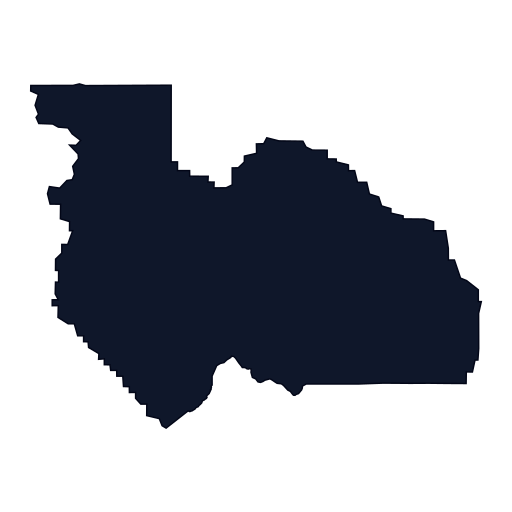 the district of Plumas, California, United States of America
{"feature_id": "52423323B49571098968478", "entity_name": "Plumas", "entity_type": "district", "adm_level": 2, "iso_a3": "USA", "parent_name": "United States of America", "parent_adm1": "California", "projection": "natural_earth1", "projection_center": [-120.915, 40.023], "detail": "fine", "context": "isolated", "style": "filled", "palette": "ink", "viewbox_px": 512, "rotation_deg": 0, "n_neighbors": 0, "source": "geoboundaries", "source_scale": "gbopen_adm2", "svg_char_len": 2697}
<svg xmlns="http://www.w3.org/2000/svg" viewBox="0 0 512 512"><path d="M50.1,204.1L60.6,204.2L60.4,218.8L69.6,221.6L69.5,230.7L72.7,230.7L67.7,244.5L61.8,244.4L61.8,253.1L55.6,259.1L55.5,270.4L58.6,270.5L58.6,282.2L55.5,282.1L55.2,293.9L58.3,299.7L52.2,299.8L52.2,305.7L58.3,305.6L58.0,317.4L68.2,323.8L74.3,323.8L77.7,335.8L83.6,335.8L83.6,341.7L88.1,341.8L88.6,347.5L98.9,353.6L98.6,359.3L104.3,358.8L104.3,364.7L110.0,364.8L110.7,370.4L116.7,370.4L116.8,376.2L122.8,376.2L123.5,386.5L129.3,386.7L129.4,392.5L135.6,392.4L135.6,398.3L140.8,404.1L146.8,404.1L146.7,415.6L159.3,418.6L162.1,425.7L166.1,428.1L187.8,411.1L188.3,411.0L189.8,411.6L191.0,411.1L192.2,410.8L193.5,409.9L194.9,409.1L195.9,407.7L197.1,407.1L198.3,406.6L198.9,405.5L200.3,404.4L201.7,402.9L202.4,400.8L204.2,400.0L205.1,399.2L206.4,398.4L207.0,397.2L206.6,396.7L206.7,395.7L207.6,395.0L209.1,393.6L209.7,392.3L210.2,391.2L210.6,390.3L210.4,389.9L210.7,389.4L210.9,389.6L211.2,389.0L211.0,388.5L211.4,387.4L211.1,386.3L212.1,385.1L212.1,376.1L216.7,365.6L220.4,363.4L223.9,362.6L226.9,359.8L230.7,357.5L231.6,356.1L234.0,356.6L235.6,358.2L238.9,363.0L241.1,365.7L242.3,367.5L245.5,367.6L246.5,368.6L248.2,369.1L249.2,368.6L251.0,369.0L251.2,370.1L251.0,372.3L252.4,377.4L255.7,378.9L258.0,381.9L260.5,382.4L262.9,381.5L264.9,380.2L270.0,378.8L272.3,380.1L274.9,381.9L277.1,383.3L281.4,383.8L283.6,385.5L285.7,387.8L287.8,390.1L290.4,391.4L292.2,393.8L293.4,395.2L295.0,395.3L296.1,394.4L298.5,393.6L301.6,389.9L302.3,388.0L302.4,386.1L306.2,384.0L311.6,384.0L324.2,384.0L335.7,384.0L342.3,384.0L358.1,384.0L383.2,383.1L398.1,383.2L410.1,383.3L428.8,383.2L447.7,383.4L466.1,383.5L466.3,371.9L472.4,372.0L475.0,360.1L477.9,360.0L478.7,348.5L478.6,313.4L481.3,301.6L478.3,301.6L478.3,289.8L466.6,280.6L460.5,278.1L454.4,260.0L448.4,260.0L448.3,248.2L445.6,230.7L433.6,230.8L433.6,221.9L424.5,219.1L403.1,218.9L403.1,215.9L390.9,213.1L390.9,208.7L381.6,205.9L378.7,197.0L369.4,194.0L366.7,182.3L357.5,182.3L354.6,170.6L348.5,170.7L348.4,164.9L336.3,161.9L336.2,159.0L327.2,158.9L327.2,150.2L312.4,150.1L306.0,147.0L302.9,141.2L279.0,140.9L266.8,137.8L263.7,143.7L256.4,143.9L256.6,153.3L244.4,156.1L244.3,162.0L238.2,167.8L232.2,167.9L232.2,184.9L226.1,187.8L213.9,187.9L214.1,182.1L207.9,182.0L208.2,176.3L189.7,176.2L189.6,170.6L177.5,170.6L177.5,161.9L171.1,161.9L171.2,85.2L85.4,85.6L79.4,83.9L73.1,85.4L30.8,85.5L30.7,91.0L38.4,94.4L35.1,105.3L38.5,114.2L36.1,117.4L38.8,123.5L52.7,124.0L58.3,127.1L68.0,127.9L72.2,133.9L80.7,140.4L76.1,145.3L69.6,145.1L78.1,154.0L78.5,158.6L72.7,166.3L74.4,174.3L72.2,179.7L66.9,180.5L59.7,188.1L49.4,186.6L47.5,193.7L50.1,204.1Z" fill="#0f172a" stroke="#020617" stroke-width="1.5"/></svg>